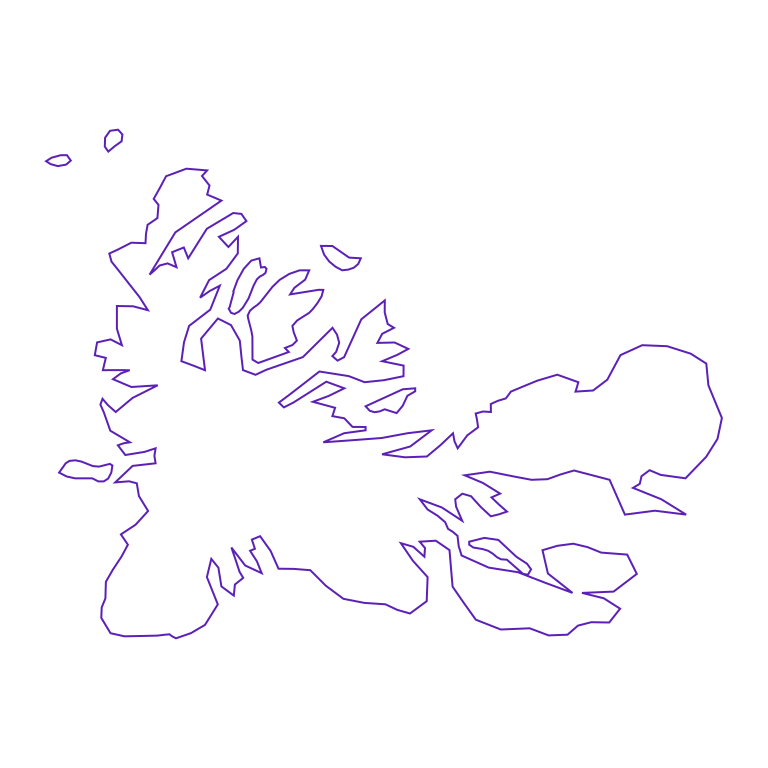 map outline of Archipel des Kerguelen (Equal Earth projection)
{"feature_id": "ATF-5916", "entity_name": "Archipel des Kerguelen", "entity_type": "state/province", "adm_level": 1, "iso_a3": "ATF", "parent_name": "French Southern and Antarctic Lands", "parent_adm1": "", "projection": "equal_earth", "projection_center": [69.4, -49.144], "detail": "fine", "context": "isolated", "style": "outline", "palette": "violet", "viewbox_px": 768, "rotation_deg": 0, "n_neighbors": 0, "source": "natural_earth", "source_scale": "10m", "svg_char_len": 5381}
<svg xmlns="http://www.w3.org/2000/svg" viewBox="0 0 768 768"><path d="M715.3,402.1L721.9,418.0L717.5,438.9L706.2,456.8L685.5,478.3L660.7,474.9L649.6,470.2L641.5,476.2L639.8,483.8L633.0,487.9L661.2,499.2L686.1,514.6L654.9,510.7L624.9,514.6L609.6,479.8L574.0,470.5L560.7,474.4L547.4,479.2L531.5,479.8L515.5,476.8L489.9,471.7L464.7,475.3L482.8,482.9L500.1,493.6L495.8,495.5L491.5,497.4L499.1,504.7L507.0,511.6L498.7,514.4L490.8,516.3L480.7,506.9L471.0,496.2L462.3,493.7L455.2,499.3L456.1,506.7L462.2,520.8L441.9,507.5L419.8,499.3L427.6,509.5L437.7,515.8L445.2,522.2L448.0,528.8L453.0,532.0L457.5,535.8L458.7,546.2L461.6,555.5L488.7,567.6L517.9,572.2L545.0,582.7L572.5,592.9L547.9,573.5L542.5,550.2L557.4,545.8L573.2,543.7L587.5,547.1L601.2,552.6L627.2,554.6L636.8,573.9L613.6,591.6L582.0,592.9L603.8,598.3L620.1,608.7L609.2,622.5L591.3,622.2L578.0,625.6L567.5,634.7L548.6,635.4L529.7,628.3L500.8,629.5L475.8,619.7L463.8,602.9L452.6,586.7L451.0,568.2L449.5,550.1L435.8,540.7L419.7,541.7L425.0,548.0L424.4,556.7L413.3,546.8L400.9,543.2L412.9,560.8L427.6,577.1L426.7,601.2L410.0,613.5L397.3,609.9L385.4,604.3L364.4,602.9L343.4,598.8L325.9,585.8L310.3,570.2L293.9,568.9L278.5,568.7L270.6,550.9L260.1,536.2L251.9,539.6L254.9,548.8L252.5,549.8L250.1,550.8L256.9,561.3L261.7,573.2L245.2,565.5L231.4,547.5L235.5,559.5L239.5,571.7L243.2,577.9L234.9,584.5L233.8,595.6L221.4,586.4L218.4,567.7L211.3,558.9L206.9,577.1L217.8,604.4L205.0,624.9L191.0,633.1L176.0,638.3L172.2,636.4L169.5,634.3L164.0,634.8L157.6,635.6L140.9,636.0L124.4,636.3L110.5,633.2L101.3,617.9L101.7,607.4L105.4,598.4L105.9,581.8L112.9,569.6L121.5,556.6L127.9,544.7L120.9,534.4L135.6,524.7L148.1,511.0L138.9,496.0L136.8,483.3L129.1,481.3L115.2,482.4L132.6,465.9L155.6,463.3L154.4,455.8L155.6,448.3L144.5,451.9L125.3,455.0L117.9,445.3L123.9,443.2L129.9,442.3L110.3,430.7L103.7,412.0L100.4,404.6L102.5,398.8L107.9,405.1L115.7,412.0L132.6,397.9L157.7,385.3L131.4,387.0L113.0,379.2L120.8,373.4L129.7,370.2L116.2,370.1L102.9,370.2L104.3,364.1L105.8,357.9L94.8,355.2L97.1,342.4L110.6,339.4L121.9,345.2L116.9,328.7L116.9,306.0L133.2,306.3L147.9,310.2L139.4,296.9L129.6,284.5L120.1,272.4L111.5,261.6L109.3,253.5L117.4,249.8L131.3,242.7L145.5,243.2L146.0,233.7L147.6,224.8L157.4,218.1L158.5,204.9L153.7,198.9L159.7,188.2L166.1,176.2L186.4,168.7L207.1,170.4L202.0,176.0L209.5,185.5L207.2,194.6L221.4,200.6L175.3,232.4L149.6,274.6L154.7,270.2L159.6,265.5L167.6,263.4L176.5,267.2L172.1,252.2L183.8,247.5L188.2,258.3L206.8,228.8L233.2,213.0L241.4,213.9L246.4,221.1L234.2,229.8L218.9,236.8L228.4,247.0L238.0,236.8L237.8,253.4L226.4,268.8L209.1,280.1L200.1,297.7L209.7,291.0L219.8,285.7L210.3,309.6L189.1,325.9L184.0,342.3L181.4,361.2L193.3,365.6L205.0,370.2L201.1,338.6L217.9,318.5L231.0,325.1L239.8,340.6L241.4,356.4L243.0,370.1L255.5,374.8L266.5,369.7L302.9,357.1L332.5,327.8L337.0,334.6L339.2,342.8L336.2,351.8L332.4,356.1L337.5,360.6L344.1,357.2L361.3,319.3L384.8,300.4L384.7,312.4L387.7,324.0L394.0,327.8L382.2,333.8L377.4,342.9L394.6,342.5L408.3,348.9L397.4,354.8L382.2,361.2L403.6,365.6L403.5,376.2L383.9,380.2L364.5,382.2L356.6,379.1L348.7,376.1L319.4,371.5L298.7,387.6L289.2,394.9L278.9,402.6L283.9,407.4L293.3,402.6L302.8,396.6L326.3,381.7L344.3,388.3L328.8,395.9L312.9,401.8L335.1,407.8L332.4,416.1L344.3,418.3L352.5,426.9L365.6,427.0L365.6,428.7L365.6,430.3L344.2,433.2L323.3,442.3L352.5,440.2L381.7,438.0L407.7,433.2L431.7,430.3L410.2,446.5L382.1,454.3L405.1,457.3L426.9,456.5L440.3,445.3L453.0,433.3L454.5,441.3L457.7,448.3L467.3,435.3L478.1,427.3L477.0,419.7L475.7,413.5L483.1,411.5L490.9,412.0L490.8,404.0L497.9,400.8L505.9,398.4L510.9,391.6L523.8,386.2L537.2,380.7L557.3,374.7L578.3,382.2L577.0,387.0L575.5,391.6L593.1,390.5L607.3,379.7L620.5,355.1L642.2,345.2L667.1,346.2L690.8,353.7L706.3,363.6L708.4,385.3L715.3,402.1ZM247.7,315.5L250.0,310.7L253.5,307.6L257.3,305.0L260.5,302.0L272.4,286.9L279.6,279.9L289.3,273.9L299.7,270.3L309.2,270.3L305.2,279.6L294.4,287.8L290.1,294.4L318.7,289.8L323.3,289.9L321.6,296.3L317.4,303.2L312.7,309.2L309.2,312.8L297.1,320.5L292.4,325.9L293.7,332.3L296.9,340.6L292.5,345.0L284.9,348.0L288.8,352.0L258.2,363.0L252.5,359.6L252.4,336.8L251.4,331.0L248.2,318.6L247.7,315.5ZM259.4,258.3L261.0,267.5L264.8,267.0L266.5,268.8L265.5,272.9L263.0,274.9L259.9,276.5L256.9,279.3L253.6,285.6L248.5,298.5L242.8,307.8L238.7,311.8L234.4,314.0L231.0,312.8L228.7,308.6L229.6,307.3L233.7,292.0L233.3,291.4L237.5,280.1L243.7,268.9L251.3,260.6L259.4,258.3ZM111.3,472.6L108.2,478.5L103.8,481.4L98.3,481.4L92.2,478.3L74.9,478.3L66.7,476.5L59.1,472.6L65.7,463.3L69.4,460.9L75.5,460.3L81.5,461.6L92.9,466.1L99.0,466.6L109.9,463.9L112.4,465.5L111.3,472.6ZM506.9,559.7L501.0,559.3L497.0,557.2L493.1,553.9L488.2,550.8L482.8,549.1L473.3,547.5L469.2,544.7L469.2,541.7L484.3,537.9L498.3,539.9L516.3,556.7L527.1,563.8L531.1,569.4L527.9,574.7L523.1,573.9L506.9,559.7ZM384.7,409.3L379.7,411.4L374.6,412.2L369.8,410.8L365.6,406.3L402.7,389.3L415.2,388.3L415.2,391.3L407.4,395.8L402.7,405.8L396.6,413.1L384.7,409.3ZM342.2,270.3L335.5,266.7L329.2,261.5L324.1,254.6L321.0,245.9L332.4,246.0L349.1,257.6L360.8,258.3L358.2,264.0L353.8,267.7L348.3,269.6L342.2,270.3ZM114.7,146.2L108.3,151.6L104.8,146.6L105.1,137.7L110.0,130.8L118.1,129.7L122.4,134.5L121.6,141.3L114.7,146.2ZM67.0,155.2L70.8,160.6L66.1,164.6L57.8,166.1L50.6,164.1L46.1,161.2L51.6,157.7L60.7,155.2L67.0,155.2Z" fill="none" stroke="#5b21b6" stroke-width="2"/></svg>